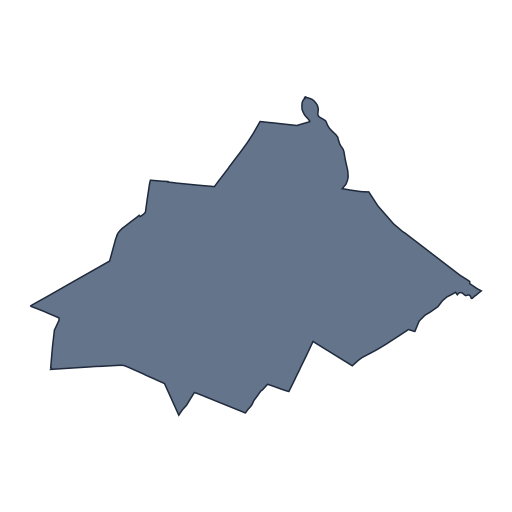 outline of Subate, Ilukstes, Latvia
{"feature_id": "27541924B14996624872646", "entity_name": "Subate", "entity_type": "district", "adm_level": 2, "iso_a3": "LVA", "parent_name": "Latvia", "parent_adm1": "Ilukstes", "projection": "mercator", "projection_center": [25.914, 56.009], "detail": "fine", "context": "isolated", "style": "filled", "palette": "slate", "viewbox_px": 512, "rotation_deg": 0, "n_neighbors": 0, "source": "geoboundaries", "source_scale": "gbopen_adm2", "svg_char_len": 3189}
<svg xmlns="http://www.w3.org/2000/svg" viewBox="0 0 512 512"><path d="M481.3,290.9L477.2,288.7L469.8,283.7L469.7,281.4L460.1,275.3L454.7,271.2L454.3,270.9L404.8,232.9L404.4,232.7L402.4,231.4L393.6,223.9L377.8,205.8L368.8,191.9L364.8,191.8L361.0,191.6L358.1,191.2L352.6,190.4L350.4,190.1L344.3,189.0L342.2,188.7L345.9,184.3L347.4,180.5L348.1,177.5L348.1,175.1L347.7,170.4L346.6,165.5L345.7,161.6L345.0,158.1L344.4,154.4L343.9,151.5L342.9,148.9L340.9,146.1L339.7,143.9L338.0,138.5L337.8,137.3L335.8,134.6L333.4,132.4L331.0,130.0L329.2,128.0L327.4,124.9L326.2,121.9L325.5,120.7L323.3,119.3L321.7,118.4L319.5,117.1L318.4,116.0L317.8,114.6L318.0,112.5L318.3,109.4L318.0,107.3L317.2,105.0L315.8,102.9L313.8,100.7L311.8,99.2L308.8,98.1L306.1,97.4L305.7,96.8L304.6,97.4L304.9,98.0L305.0,98.6L303.9,99.1L303.2,100.2L302.2,102.3L301.9,105.0L302.0,109.2L303.0,111.9L304.6,115.0L306.4,117.1L308.2,119.0L309.8,121.2L309.8,121.6L309.0,121.9L300.4,124.4L296.9,125.5L271.6,122.7L271.2,122.7L268.1,122.4L260.1,121.5L259.5,122.5L253.9,132.3L253.4,133.2L247.6,142.2L241.3,150.9L229.0,167.1L228.7,167.8L228.5,168.0L227.6,169.2L218.7,180.8L214.4,186.6L197.2,185.1L181.0,183.5L176.7,183.1L172.3,182.5L168.0,182.1L168.0,181.5L162.2,181.2L150.4,180.2L150.3,180.7L149.6,183.4L148.7,189.3L147.2,199.3L145.4,212.2L143.8,214.0L140.3,216.5L139.1,215.3L138.1,216.3L131.4,221.3L124.9,226.4L122.5,228.1L119.9,230.7L119.6,231.1L119.4,231.3L118.3,232.7L117.7,233.7L116.8,235.5L117.0,235.6L115.7,238.8L109.8,260.4L109.6,261.0L86.4,274.2L74.9,280.7L63.3,287.3L62.5,287.8L48.3,295.9L32.2,304.9L30.7,305.9L31.0,306.4L36.0,308.3L44.4,311.6L48.2,313.3L59.0,317.9L59.0,320.3L55.0,328.9L54.4,330.1L54.3,331.1L52.5,346.5L50.7,367.4L50.9,367.3L51.5,368.5L50.8,369.4L53.8,369.2L91.5,366.8L92.4,366.7L93.4,366.5L94.2,366.6L94.5,366.6L94.8,366.6L95.3,366.5L97.7,366.4L99.8,366.4L119.1,365.3L121.7,365.3L123.2,365.4L124.1,365.6L125.7,366.2L127.3,366.8L144.8,374.6L145.1,374.9L145.3,375.0L154.2,378.9L154.5,379.0L155.8,379.6L156.1,379.8L156.3,379.9L164.2,383.4L164.5,383.5L164.6,383.8L178.7,415.0L178.8,415.2L179.1,414.7L179.7,413.8L182.4,409.8L186.6,405.2L188.7,401.7L191.2,397.6L194.4,392.5L198.4,393.9L243.0,412.0L244.2,412.6L245.5,412.9L246.6,411.3L247.5,410.0L249.4,407.9L251.0,406.0L252.1,404.4L253.3,401.7L254.1,400.2L255.8,398.0L257.7,395.4L259.8,392.4L260.7,391.1L262.3,390.0L263.9,388.3L265.9,386.1L267.5,384.3L272.4,385.9L278.4,388.1L283.2,389.8L285.1,390.4L286.2,390.8L288.2,391.3L288.9,391.5L295.1,378.9L295.8,377.3L299.5,369.9L300.2,368.2L306.1,356.2L313.0,341.5L352.3,365.8L358.1,360.5L361.3,358.1L361.8,357.7L376.0,350.2L379.1,348.4L387.0,343.6L392.5,340.0L402.5,333.5L408.5,329.5L411.4,330.5L414.8,331.5L414.9,331.4L415.4,330.3L415.5,330.1L416.0,328.7L419.2,321.0L425.0,315.2L430.2,312.1L437.9,306.7L442.5,300.7L446.8,297.0L453.2,293.7L455.5,292.3L457.0,294.4L457.3,294.8L458.8,293.0L460.0,292.7L461.0,292.6L462.4,293.1L464.5,294.9L465.4,295.5L465.6,295.6L467.4,295.2L468.1,295.0L468.4,295.0L468.7,295.0L469.3,295.1L470.4,296.1L471.1,298.1L471.3,298.3L471.5,298.4L471.8,298.5L472.4,298.3L473.0,297.6L474.8,296.0L476.2,295.1L478.0,293.5L480.5,291.5L481.3,290.9Z" fill="#64748b" stroke="#1e293b" stroke-width="1.5"/></svg>